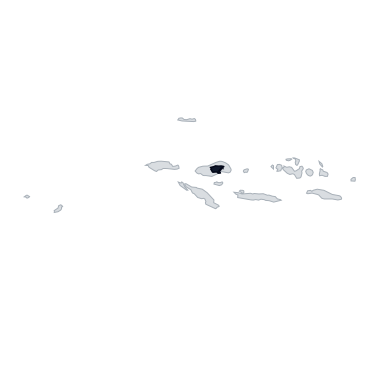 Central Guadalcanal, Guadalcanal, Solomon Islands shown in context, rotated 154°
{"feature_id": "97153195B29965366735238", "entity_name": "Central Guadalcanal", "entity_type": "district", "adm_level": 2, "iso_a3": "SLB", "parent_name": "Solomon Islands", "parent_adm1": "Guadalcanal", "projection": "orthographic", "projection_center": [159.997, -9.568], "detail": "fine", "context": "in_parent", "style": "filled", "palette": "ink", "viewbox_px": 384, "rotation_deg": 154, "n_neighbors": 0, "source": "geoboundaries", "source_scale": "gbopen_adm2", "svg_char_len": 5154}
<svg xmlns="http://www.w3.org/2000/svg" viewBox="0 0 384 384"><g transform="rotate(154 192 192)"><path d="M150.8,193.2L156.8,197.6L159.4,197.2L167.3,197.3L172.0,200.5L174.7,201.9L176.2,204.8L178.1,205.4L179.3,206.9L180.0,209.5L177.1,210.9L175.3,211.3L170.8,210.4L166.4,208.4L157.7,208.1L153.7,207.5L152.3,206.8L151.0,205.7L148.9,203.3L147.3,200.4L147.1,198.7L146.9,195.4L147.4,194.3L149.1,193.1L150.8,193.2ZM178.2,166.7L184.9,174.9L184.7,176.4L183.7,177.3L183.5,180.1L184.3,181.2L186.2,181.7L189.3,184.6L190.7,189.4L192.0,191.0L192.0,194.5L195.0,199.3L195.2,201.6L194.9,202.6L193.7,202.0L190.1,196.6L186.1,194.2L185.6,193.2L181.5,190.0L178.7,184.7L175.8,175.2L177.2,172.9L173.8,168.3L174.0,167.1L176.4,167.3L176.9,166.8L178.2,166.7ZM153.5,170.8L154.4,173.4L150.7,171.1L147.9,168.3L140.0,165.2L138.3,163.6L136.8,163.4L132.7,160.9L128.7,159.2L125.6,156.0L124.2,155.5L121.6,153.0L119.2,151.4L118.3,148.4L115.9,146.4L115.4,145.5L123.0,147.1L126.5,150.4L129.5,152.2L130.5,153.5L133.2,155.3L135.7,155.5L138.1,157.3L140.3,157.8L142.1,158.8L153.4,167.0L152.0,169.2L153.5,170.8ZM204.3,224.1L207.7,225.8L209.7,225.5L212.7,226.6L214.9,226.0L216.3,227.5L219.8,233.1L219.8,235.0L222.1,236.3L220.1,236.5L217.4,235.8L215.3,236.3L213.1,235.2L209.4,234.6L206.2,233.2L199.5,229.1L199.5,227.0L198.4,226.0L198.1,223.4L195.7,222.6L192.9,222.4L192.6,221.2L193.2,219.0L195.3,219.1L197.8,220.0L204.3,224.1ZM88.7,139.7L89.6,140.7L87.5,142.4L84.7,141.5L84.0,140.1L82.1,140.4L78.2,139.6L72.7,135.7L67.0,128.3L61.4,124.2L60.4,123.0L60.2,120.9L61.0,120.0L64.4,120.9L68.9,124.2L76.1,127.7L78.1,129.5L79.4,133.8L80.7,135.1L84.6,138.4L88.7,139.7ZM96.4,164.9L98.2,167.1L100.2,172.2L99.8,173.9L98.4,174.0L98.0,175.1L96.1,172.7L93.5,172.0L91.7,170.5L90.8,165.7L89.4,165.4L85.2,165.9L83.8,167.5L81.9,167.0L81.5,165.6L81.8,164.1L84.3,162.7L84.8,160.9L87.4,157.8L88.9,157.3L91.9,158.4L92.3,162.8L93.4,164.2L96.4,164.9ZM173.2,263.0L171.4,264.0L169.6,263.5L168.3,262.8L167.3,260.6L165.0,259.3L161.7,258.8L160.0,257.4L157.7,257.0L157.1,255.8L157.3,254.6L157.6,254.0L159.7,254.6L169.8,260.2L173.2,263.0ZM67.0,156.3L66.4,156.7L65.5,155.2L64.8,154.7L64.9,153.1L62.1,150.4L61.8,148.5L63.4,146.7L65.6,147.7L67.7,150.0L70.2,150.7L69.7,152.3L67.5,155.0L67.0,156.3ZM80.8,160.6L79.6,161.7L76.7,161.6L74.4,158.7L74.4,156.6L76.1,154.7L78.3,154.3L79.5,155.1L80.6,156.7L81.0,158.7L80.8,160.6ZM105.9,177.0L103.2,179.2L101.3,178.5L99.7,176.7L100.5,173.8L102.0,173.2L102.9,172.2L105.8,173.0L106.6,173.5L104.8,174.9L105.8,176.0L105.9,177.0ZM324.0,235.7L319.5,236.3L317.7,238.2L315.5,238.0L314.7,236.3L314.7,235.5L315.9,235.7L316.6,234.1L318.0,233.3L321.1,233.0L324.8,234.0L323.9,235.4L324.0,235.7ZM199.8,203.0L200.0,207.0L197.9,204.8L197.0,205.6L196.1,204.6L196.3,199.9L194.9,195.5L196.0,195.9L199.8,203.0ZM86.3,178.0L86.3,178.4L84.8,177.6L81.4,173.9L82.0,172.7L85.0,170.2L86.0,169.9L86.8,171.4L86.1,173.6L85.1,174.2L84.7,176.3L86.3,178.0ZM162.2,185.5L164.6,185.8L168.8,189.5L167.8,190.7L165.8,190.1L165.2,190.3L164.6,189.1L162.4,188.0L160.5,187.9L160.3,186.6L162.2,185.5ZM135.5,189.1L132.3,188.7L131.3,187.7L132.5,186.4L133.9,185.5L135.1,186.3L136.6,186.5L136.7,188.3L135.5,189.1ZM43.6,133.7L40.8,134.4L39.1,133.5L39.8,131.4L40.8,130.3L44.2,132.2L43.6,133.7ZM149.1,172.0L147.8,172.4L145.9,171.4L145.0,170.5L145.4,169.0L146.6,168.5L147.8,169.4L148.0,170.4L149.1,172.0ZM344.9,261.2L342.5,261.6L341.6,261.5L340.0,259.1L341.2,258.6L343.0,258.8L343.5,260.2L344.9,261.2ZM93.3,179.2L93.2,180.2L91.7,179.9L88.2,178.4L88.0,177.8L90.0,177.5L91.5,177.7L93.3,179.2ZM64.9,161.1L64.4,163.9L62.9,160.5L63.2,157.7L63.8,157.3L64.9,161.1ZM109.9,180.2L107.9,181.0L107.2,179.9L108.7,176.9L109.9,180.2Z" fill="#d9dde1" stroke="#a8b0b8" stroke-width="1"/><path d="M152.4,201.1L154.4,202.6L156.4,203.4L157.0,203.7L159.5,205.2L160.7,205.2L161.2,205.2L163.5,205.7L164.5,205.9L164.3,204.8L165.1,204.1L164.9,203.7L164.8,203.4L165.0,202.9L164.9,202.3L164.9,201.9L164.8,201.2L164.5,200.6L162.9,200.0L161.9,199.6L161.3,199.4L161.2,199.3L161.1,199.2L160.7,199.1L160.7,198.9L160.7,198.7L160.4,198.1L160.4,197.8L160.4,197.7L160.2,197.5L159.9,197.5L159.8,197.4L159.7,197.4L159.4,197.3L159.4,197.2L159.2,197.2L158.9,197.1L158.7,197.0L158.7,196.9L158.4,196.9L158.3,197.0L158.5,197.1L158.6,197.3L158.5,197.2L158.5,197.3L158.4,197.3L158.4,197.5L158.5,197.5L158.7,197.8L158.8,197.9L158.8,198.0L158.7,198.1L158.8,198.1L158.7,198.2L158.7,198.3L158.7,198.5L158.4,198.6L158.3,198.8L158.2,198.8L158.2,198.7L157.9,198.7L157.9,198.8L158.0,198.9L158.1,199.0L157.9,199.0L158.0,199.1L158.0,199.3L157.9,199.3L157.8,199.5L157.7,199.5L157.6,199.4L157.5,199.5L157.4,199.6L157.3,199.4L157.2,199.4L156.9,199.4L156.8,199.5L156.7,199.5L156.7,199.8L156.6,200.0L156.4,200.1L156.2,200.0L156.0,199.9L155.9,199.8L155.8,199.7L155.7,199.7L155.7,199.8L155.7,200.0L155.4,200.2L155.4,200.3L155.2,200.2L155.2,200.3L155.1,200.5L154.9,200.6L154.7,200.6L154.4,200.6L154.2,200.7L154.0,200.4L154.0,200.5L153.9,200.6L153.7,200.8L153.8,200.8L153.7,201.1L153.4,201.2L153.3,201.3L153.2,201.3L153.2,201.2L153.2,200.9L153.0,200.7L152.9,200.7L152.7,200.7L152.8,200.7L152.8,200.8L152.7,200.8L152.6,201.0L152.4,201.0L152.4,201.1Z" fill="#0f172a" stroke="#020617" stroke-width="1.5"/></g></svg>